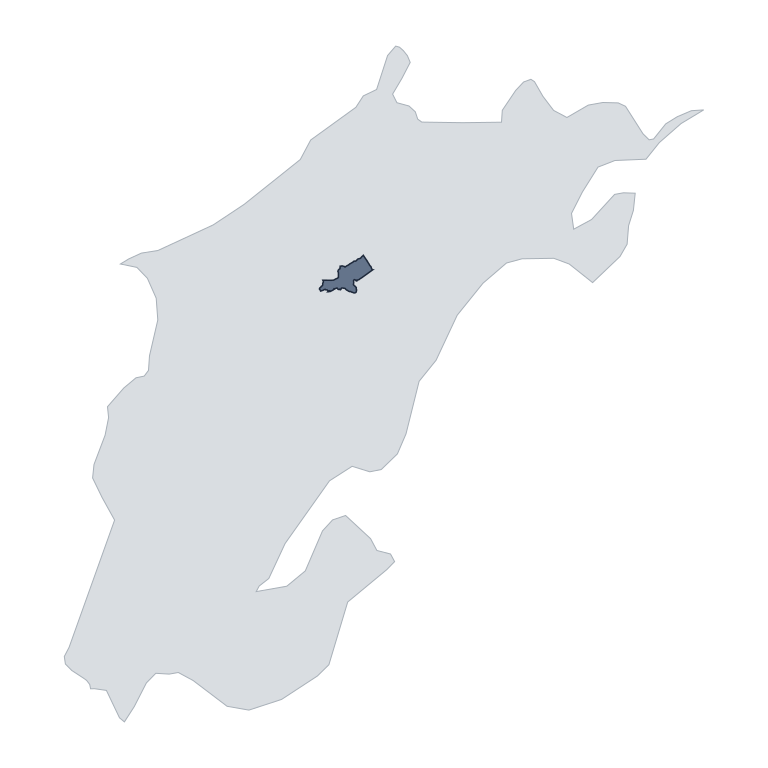 Jimenez, Cartago, Costa Rica (highlighted), rotated 270°
{"feature_id": "36466004B31180817365439", "entity_name": "Jimenez", "entity_type": "district", "adm_level": 2, "iso_a3": "CRI", "parent_name": "Costa Rica", "parent_adm1": "Cartago", "projection": "mercator", "projection_center": [-83.723, 9.819], "detail": "fine", "context": "in_parent", "style": "filled", "palette": "slate", "viewbox_px": 768, "rotation_deg": 270, "n_neighbors": 0, "source": "geoboundaries", "source_scale": "gbopen_adm2", "svg_char_len": 6561}
<svg xmlns="http://www.w3.org/2000/svg" viewBox="0 0 768 768"><g transform="rotate(270 384 384)"><path d="M721.9,395.7L720.8,399.5L717.3,403.4L712.3,407.4L705.6,410.2L689.6,401.9L673.9,392.6L665.3,396.9L662.0,409.0L656.2,415.3L648.9,417.7L645.9,421.8L645.3,462.8L645.8,501.5L657.7,502.3L677.6,515.7L686.0,523.6L688.7,530.9L686.3,534.5L671.7,542.9L657.6,553.6L650.5,566.9L662.9,588.3L665.5,602.9L665.1,618.2L661.7,625.5L634.2,643.0L628.2,649.1L629.0,653.6L644.1,665.7L651.3,677.3L657.3,691.4L658.1,703.7L644.4,681.0L625.4,659.3L608.8,646.0L607.5,614.9L600.9,598.0L576.0,582.4L554.6,571.5L538.8,573.7L548.5,591.6L573.6,614.6L575.2,623.4L574.8,635.2L557.6,633.4L542.4,628.6L523.8,627.1L511.5,620.0L485.4,592.6L504.0,569.2L509.7,553.8L509.2,522.0L505.0,506.5L484.8,483.0L452.8,457.2L407.8,436.1L386.7,419.1L334.1,406.0L314.1,397.4L298.5,381.3L296.2,369.8L301.7,352.1L287.2,329.5L224.5,285.1L189.5,268.8L182.0,259.2L176.4,256.2L181.8,286.8L197.1,305.3L237.1,322.5L248.1,332.6L252.5,345.6L229.3,370.6L217.5,376.9L214.0,390.5L206.4,394.6L198.4,386.8L166.0,347.7L103.3,328.9L92.0,317.4L68.6,281.6L57.9,248.9L61.7,227.1L87.5,193.1L95.5,178.3L93.9,169.2L94.7,155.8L85.1,146.4L61.3,134.2L46.1,124.4L50.2,119.5L77.6,106.4L79.3,94.5L79.2,90.6L83.6,89.7L87.6,86.6L90.0,83.3L97.5,71.8L104.0,65.4L111.5,64.3L120.7,69.1L155.1,81.4L193.4,95.1L247.9,114.6L270.5,102.1L290.0,92.6L303.5,94.0L332.8,105.1L350.4,108.6L361.3,107.5L380.0,123.8L390.2,136.0L391.9,144.2L397.6,148.5L412.2,149.5L448.0,157.8L469.8,156.2L489.7,147.4L500.6,136.9L504.0,120.4L509.0,128.6L514.9,141.4L517.5,157.9L543.1,213.2L563.6,244.1L608.5,300.3L628.0,310.7L660.7,355.9L672.1,363.3L678.5,376.6L712.5,387.6L721.9,395.7Z" fill="#d9dde1" stroke="#a8b0b8" stroke-width="1"/><path d="M480.0,319.7L479.0,319.4L478.9,319.5L478.7,319.6L478.4,319.8L478.0,320.2L477.8,320.3L477.7,320.3L477.2,320.5L476.9,320.6L476.9,320.9L477.0,321.0L477.4,321.8L477.4,322.2L477.6,322.8L477.8,323.3L478.0,323.5L478.2,323.8L478.3,324.0L478.4,324.3L478.5,324.4L478.6,324.9L478.7,325.2L478.6,325.3L478.3,325.4L478.3,325.5L478.2,325.6L478.1,326.1L478.2,326.9L478.1,327.0L477.9,327.3L477.7,327.5L477.4,327.7L477.1,328.2L477.1,328.3L477.2,328.6L477.2,329.1L477.3,329.4L477.3,329.6L477.1,329.6L477.0,329.4L476.8,329.1L476.7,328.8L476.4,328.0L476.2,327.8L476.2,328.2L476.3,328.7L476.3,328.9L476.5,329.5L476.5,330.2L476.6,330.5L476.9,330.9L476.9,331.0L477.0,331.2L477.2,331.6L477.4,332.0L477.6,332.4L477.7,332.6L477.8,332.8L477.9,333.0L478.1,333.2L478.2,333.4L478.6,333.7L478.7,333.9L478.7,334.1L478.8,334.2L478.8,334.3L478.9,334.5L479.0,334.5L479.1,334.4L479.3,334.3L479.3,334.8L479.3,335.1L479.4,335.4L479.6,335.7L479.6,335.9L479.7,336.0L479.8,336.2L479.8,336.4L479.9,336.5L480.0,337.0L479.9,337.2L479.4,337.6L478.9,337.9L478.7,338.0L478.6,338.3L478.5,338.6L478.5,338.8L478.5,339.0L478.7,339.5L478.9,339.7L478.8,340.0L478.3,340.1L478.2,340.3L478.2,340.5L478.3,340.6L478.7,340.9L479.0,341.0L479.4,341.2L479.4,341.3L479.7,341.4L479.8,341.4L479.9,341.5L480.0,341.7L480.0,342.2L480.0,342.6L480.0,343.0L479.9,343.1L479.8,343.3L479.8,343.6L479.7,344.1L479.7,344.7L479.7,344.8L479.5,345.0L479.4,345.3L479.2,345.4L479.1,345.5L478.9,345.6L478.7,345.8L478.5,346.0L478.3,346.2L478.2,346.3L477.9,346.6L477.8,347.1L477.7,347.3L477.6,347.6L477.4,347.8L477.1,348.1L476.9,348.3L476.6,349.2L476.4,349.4L476.4,349.9L476.4,350.0L476.5,350.3L476.5,350.6L476.4,350.9L476.1,351.2L475.9,351.6L475.8,351.9L475.7,352.1L475.7,352.6L475.3,353.3L475.2,353.6L475.1,353.9L475.1,354.2L475.1,354.5L475.1,354.8L475.2,355.2L475.3,355.4L475.4,355.6L475.7,355.9L475.8,356.1L476.1,356.2L476.4,356.3L476.9,356.4L477.3,356.4L478.0,356.7L478.4,356.5L478.5,356.4L478.8,356.3L478.9,356.2L479.0,356.2L479.7,356.3L480.1,356.3L480.4,356.3L480.5,356.2L480.9,355.8L481.2,355.7L481.3,355.5L481.6,355.3L481.7,355.1L481.8,355.1L481.9,354.8L482.0,354.6L482.3,354.3L482.3,354.2L482.2,354.2L482.4,354.2L482.8,354.0L482.8,353.8L483.2,353.5L483.3,353.5L483.6,353.4L484.5,353.6L484.8,353.6L485.1,353.7L485.4,353.7L485.6,353.7L486.0,353.7L486.5,353.6L487.2,353.5L487.3,353.6L487.5,353.7L487.6,353.8L488.0,354.0L488.3,354.1L488.4,354.3L488.3,354.6L488.3,354.8L488.2,355.0L488.0,355.3L487.9,355.4L487.8,355.7L487.8,355.8L487.7,355.8L487.5,356.0L487.4,355.9L487.2,356.0L487.1,356.3L487.0,356.6L487.0,356.8L487.1,357.0L487.5,357.2L487.9,357.1L488.0,357.2L488.0,357.3L488.0,358.1L488.3,358.6L488.5,359.3L488.8,359.5L489.0,359.7L490.3,361.8L491.4,363.3L498.1,372.6L498.1,372.4L498.3,372.3L498.4,372.2L498.7,371.9L499.2,371.8L499.5,371.7L499.8,371.5L500.1,371.3L500.7,371.2L500.9,371.2L501.1,371.1L501.5,370.8L501.6,370.7L501.8,370.6L502.1,370.2L502.7,369.6L502.8,369.6L503.7,369.2L504.2,368.9L504.3,368.8L504.5,368.7L504.8,368.5L505.1,368.2L505.6,368.0L506.2,367.5L506.5,367.5L506.8,367.2L507.0,367.1L507.4,367.0L507.4,366.9L507.5,366.9L507.6,366.7L512.7,363.3L511.9,362.6L511.6,362.1L511.4,361.9L511.1,361.6L510.6,361.2L510.2,360.9L509.9,360.6L509.7,360.5L509.0,357.9L508.6,357.4L508.4,357.2L508.0,356.9L507.7,356.7L507.4,356.2L507.1,356.0L507.0,355.9L506.8,355.6L506.8,355.3L506.8,354.9L506.9,354.6L506.9,354.2L506.7,353.7L506.5,353.4L506.2,353.2L505.9,353.0L504.8,351.0L504.4,350.5L504.4,350.3L504.2,350.0L504.1,349.8L504.1,349.7L503.9,349.5L503.6,349.2L503.4,349.0L503.3,348.9L503.2,348.6L503.1,348.4L502.9,348.2L502.7,348.0L502.6,347.8L502.6,347.7L502.5,347.4L502.4,347.1L502.2,346.8L502.1,346.7L501.9,346.4L501.6,345.9L501.4,345.7L501.1,345.4L501.1,345.2L501.0,344.9L501.4,344.6L501.5,344.4L501.6,344.2L501.7,343.8L501.7,343.3L501.8,343.1L501.9,342.9L502.1,342.3L502.1,342.1L502.1,341.8L502.1,341.7L501.8,341.2L501.7,340.9L501.7,340.6L501.8,340.5L501.9,340.3L501.9,340.2L501.2,340.1L500.5,340.0L500.4,340.1L500.2,340.1L499.8,340.0L499.4,340.0L499.4,339.9L499.1,339.6L498.8,339.2L498.6,338.9L498.4,338.8L498.1,338.5L497.9,338.3L497.7,338.3L497.6,338.2L497.0,338.0L496.8,337.9L496.6,337.9L496.4,337.9L496.3,338.0L496.2,338.0L495.9,338.3L495.7,338.3L495.2,338.4L494.1,338.4L493.7,338.4L492.9,338.4L492.1,338.4L491.7,338.4L490.8,338.4L490.8,338.2L490.6,338.1L490.4,338.0L490.1,337.9L489.9,337.8L489.7,337.4L489.6,337.1L489.3,336.2L489.0,335.8L489.0,335.5L488.8,335.3L488.7,335.1L488.6,334.9L488.3,334.4L488.2,334.2L488.0,333.8L487.8,333.4L487.8,331.9L487.7,331.6L487.8,322.8L486.5,323.4L486.1,323.4L485.5,323.2L485.4,323.1L485.2,322.9L484.9,322.8L484.7,322.7L484.3,322.7L483.8,322.7L483.5,322.7L483.2,322.7L482.7,322.6L481.7,321.6L481.7,321.3L481.5,321.1L481.3,321.0L480.9,320.9L480.7,320.7L480.4,320.3L480.3,320.2L480.1,319.9L480.0,319.7Z" fill="#64748b" stroke="#1e293b" stroke-width="1.5"/></g></svg>